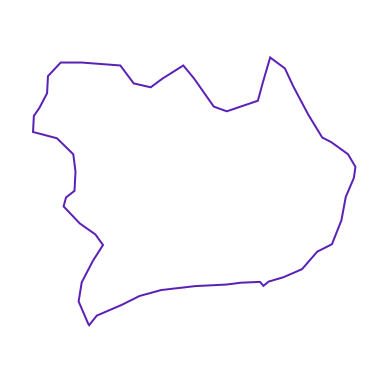 Vännäs, Västerbotten, Sweden, rotated 273°
{"feature_id": "70781695B10556345050301", "entity_name": "Vännäs", "entity_type": "district", "adm_level": 2, "iso_a3": "SWE", "parent_name": "Sweden", "parent_adm1": "Västerbotten", "projection": "albers", "projection_center": [19.683, 63.961], "detail": "fine", "context": "isolated", "style": "outline", "palette": "violet", "viewbox_px": 384, "rotation_deg": 273, "n_neighbors": 0, "source": "geoboundaries", "source_scale": "gbopen_adm2", "svg_char_len": 854}
<svg xmlns="http://www.w3.org/2000/svg" viewBox="0 0 384 384"><g transform="rotate(273 192 192)"><path d="M102.0,268.2L106.6,273.3L111.6,287.6L120.7,305.9L139.0,320.2L147.2,334.5L171.6,342.7L195.1,345.8L214.5,352.9L223.4,353.7L225.7,353.9L237.9,345.8L249.1,328.4L253.2,319.2L275.6,303.9L303.0,287.5L320.3,278.3L330.4,263.0L305.0,257.0L286.6,253.0L274.4,222.5L278.4,209.3L305.7,187.9L317.9,176.7L303.6,156.4L294.4,145.3L297.4,128.1L314.6,113.8L315.5,75.4L314.4,54.1L300.2,42.1L283.0,42.1L267.8,35.1L259.7,30.1L244.1,30.1L243.6,30.1L238.6,54.3L223.4,71.5L206.2,74.6L187.0,74.6L180.0,66.5L170.9,64.5L154.7,81.6L144.5,97.8L134.4,105.9L118.2,96.7L96.0,86.6L76.8,84.5L54.5,95.5L53.6,96.3L54.5,96.9L63.6,103.4L75.8,128.1L85.4,145.0L92.5,166.4L98.2,200.2L101.4,231.4L104.0,245.7L105.8,264.6L102.0,268.2Z" fill="none" stroke="#5b21b6" stroke-width="2"/></g></svg>